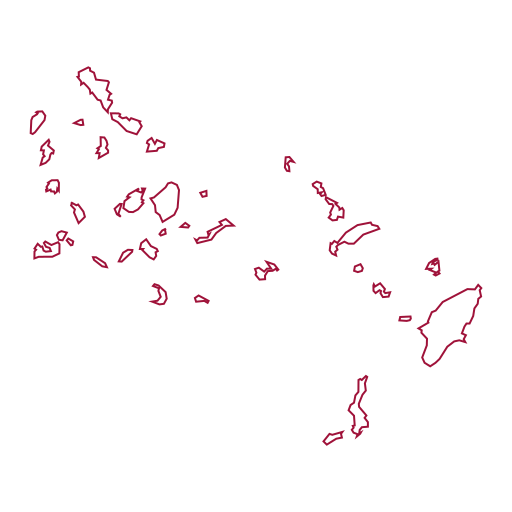 the Region of Notio Aigaio
{"feature_id": "GRC-3013", "entity_name": "Notio Aigaio", "entity_type": "Region", "adm_level": 1, "iso_a3": "GRC", "parent_name": "Greece", "parent_adm1": "", "projection": "orthographic", "projection_center": [25.984, 36.675], "detail": "fine", "context": "isolated", "style": "outline", "palette": "rose", "viewbox_px": 512, "rotation_deg": 0, "n_neighbors": 0, "source": "natural_earth", "source_scale": "10m", "svg_char_len": 6016}
<svg xmlns="http://www.w3.org/2000/svg" viewBox="0 0 512 512"><path d="M481.3,288.1L479.7,290.2L481.1,296.5L478.3,298.8L477.7,303.8L474.4,308.4L473.2,316.0L469.6,323.5L466.5,323.5L464.5,326.5L461.9,333.4L465.9,335.2L463.7,339.2L465.3,342.1L459.3,340.3L454.2,341.4L447.3,346.7L439.6,358.9L435.5,362.8L430.2,366.3L424.6,362.8L422.2,357.5L426.8,345.4L427.0,338.7L421.4,332.7L421.7,330.3L418.5,328.4L428.4,322.6L427.9,321.4L431.8,312.2L435.7,310.6L442.7,302.0L467.4,289.1L474.9,289.4L478.2,284.9L481.3,288.1ZM171.5,182.4L176.9,184.9L179.0,190.1L177.6,207.8L174.3,214.7L162.6,221.9L159.6,215.0L155.7,212.1L155.0,205.2L150.5,198.4L153.9,197.5L165.6,187.3L168.0,183.4L171.5,182.4ZM111.8,100.6L112.1,102.7L107.9,109.3L107.8,112.3L103.2,107.4L100.6,100.5L97.6,99.7L92.2,92.5L90.4,93.6L89.8,89.6L87.7,87.0L83.6,82.8L81.1,84.5L81.3,81.8L77.5,76.9L78.9,76.5L78.7,72.2L88.3,67.4L90.0,68.3L90.1,70.7L94.0,72.7L96.0,79.6L107.8,81.0L108.9,82.3L106.5,89.9L111.1,93.8L109.6,94.8L108.0,99.7L111.8,100.6ZM364.6,417.9L367.9,422.1L367.9,426.7L361.9,427.2L359.7,429.9L359.2,433.6L360.8,432.6L360.2,433.7L356.8,436.5L357.6,434.2L353.6,432.7L351.8,429.8L353.6,427.7L352.8,425.9L354.7,425.4L354.0,415.7L348.6,410.3L350.6,405.0L354.0,402.7L355.4,395.4L358.4,391.9L358.5,380.0L360.2,379.0L361.8,380.0L365.9,376.0L367.2,376.9L364.9,383.3L365.8,390.6L362.5,394.7L358.8,403.8L359.1,406.9L366.4,415.5L364.6,417.9ZM370.7,222.5L372.0,224.8L377.6,226.1L379.3,228.8L363.3,234.6L353.8,243.7L348.5,243.7L344.4,241.7L338.1,244.9L336.3,246.7L337.5,249.7L335.2,251.7L336.1,255.5L332.0,253.6L329.7,250.3L330.6,243.2L331.9,243.9L334.3,241.0L337.4,242.9L345.9,232.6L357.5,225.1L370.7,222.5ZM126.6,131.0L117.8,122.1L112.3,119.2L110.9,113.3L118.6,113.4L120.2,114.3L119.3,116.3L122.5,118.3L126.4,117.4L129.4,120.3L131.1,118.2L140.2,121.4L139.4,122.3L141.7,126.2L136.7,134.3L126.6,131.0ZM143.4,203.2L138.0,209.4L133.0,212.1L128.9,211.9L123.4,208.1L124.5,201.1L129.5,197.3L127.1,196.7L128.8,194.3L138.9,188.5L137.2,191.0L141.2,192.5L142.7,190.6L142.0,188.5L145.1,188.6L141.6,197.4L141.5,199.4L143.4,200.3L141.9,202.3L143.4,203.2ZM51.4,245.0L58.1,242.2L59.5,244.2L59.4,253.4L52.4,256.7L38.7,256.8L34.4,258.4L34.5,251.5L36.1,249.7L34.5,248.6L37.7,243.8L40.8,246.8L42.3,246.5L43.6,250.6L45.8,251.7L50.9,251.1L49.6,247.9L46.0,246.8L43.9,243.0L45.3,241.5L51.4,245.0ZM42.3,111.4L45.3,115.7L44.5,120.1L35.0,132.3L32.7,134.0L30.7,133.1L31.3,120.2L32.6,117.0L37.0,114.3L37.7,113.2L36.2,112.3L37.3,111.6L42.3,111.4ZM225.8,219.1L233.6,225.6L225.8,225.9L216.2,233.0L211.4,239.6L197.3,243.1L195.4,239.5L197.1,240.4L199.4,237.8L207.6,237.6L209.6,233.7L208.3,234.4L207.6,231.8L221.9,224.9L219.5,222.0L225.8,219.1ZM328.7,217.6L330.9,214.6L330.2,212.5L333.4,205.9L332.2,204.1L329.2,204.0L325.6,199.2L326.0,197.2L337.0,202.9L335.5,203.9L339.3,207.5L339.5,209.7L342.3,208.0L343.7,210.3L343.3,217.6L338.0,216.6L336.9,219.9L332.5,220.4L328.7,217.6ZM142.3,250.0L143.1,249.0L139.9,249.0L141.2,243.2L146.2,239.3L150.9,246.1L156.7,248.9L157.8,251.1L155.6,252.3L156.2,255.9L153.7,259.4L149.6,257.3L142.3,250.0ZM40.9,150.3L41.7,146.6L48.7,139.8L49.5,141.8L48.0,145.6L53.8,150.5L53.2,153.5L51.6,153.0L50.4,154.5L49.3,159.3L45.6,162.9L40.6,164.9L42.7,157.6L44.6,156.2L43.1,154.3L43.9,150.4L40.9,150.3ZM266.5,261.8L274.3,264.5L278.3,269.6L277.1,270.5L275.9,268.7L272.6,270.8L267.8,271.1L265.0,275.6L265.1,279.2L259.5,279.6L255.5,274.7L256.4,272.7L255.0,269.0L258.8,267.7L264.2,271.6L266.9,268.7L271.2,268.7L266.5,261.8ZM156.8,150.8L146.9,151.6L149.1,144.4L146.9,143.0L147.6,140.8L151.6,138.0L154.9,143.8L156.9,140.0L164.5,143.4L163.9,146.9L158.3,148.1L156.8,150.8ZM78.1,204.5L83.4,211.6L84.9,216.8L78.6,223.1L74.0,212.5L74.9,209.4L71.1,205.4L71.9,203.4L71.1,202.4L76.4,205.3L78.1,204.5ZM105.9,147.9L108.1,150.4L108.1,152.7L98.8,158.0L99.6,153.1L96.5,153.1L98.9,149.2L97.4,148.3L100.8,146.0L100.6,137.2L104.4,137.5L106.5,140.8L107.5,144.5L105.9,147.9ZM154.5,284.2L158.6,285.5L165.6,292.1L166.7,298.7L163.9,303.8L159.5,304.4L152.1,301.6L157.5,300.7L160.7,296.8L158.4,290.9L159.0,288.3L153.0,286.0L154.5,284.2ZM48.9,183.6L48.0,182.7L51.7,180.3L57.6,180.2L58.9,182.8L58.8,190.7L57.3,188.6L56.9,191.7L54.9,193.4L54.1,191.7L54.9,191.5L51.1,191.4L50.6,189.6L46.3,191.4L46.0,189.7L47.3,188.5L46.5,187.0L48.9,183.6ZM438.5,261.7L439.4,270.6L437.9,271.5L439.5,273.5L435.7,275.5L434.0,274.6L436.3,272.6L429.8,270.0L431.5,268.7L426.1,268.9L429.1,263.0L435.2,258.9L437.4,258.6L437.6,259.8L433.0,261.9L432.3,263.9L433.8,263.4L434.6,264.9L438.5,261.7ZM384.9,289.0L383.9,291.6L385.3,293.1L390.1,292.3L388.6,296.6L382.9,297.1L380.5,293.2L381.0,291.0L379.5,290.2L375.6,293.1L373.5,290.8L373.4,285.4L373.8,284.3L375.0,286.5L380.1,283.3L384.9,289.0ZM332.3,434.8L342.4,431.9L341.0,433.8L341.9,437.6L336.3,438.7L326.8,444.6L323.5,441.4L329.5,433.9L332.3,434.8ZM323.1,188.2L325.7,194.9L321.5,196.0L320.1,194.1L321.7,192.3L317.8,193.0L317.7,189.2L313.1,185.9L312.7,184.1L316.7,181.6L321.4,183.4L320.8,187.0L323.1,188.2ZM127.9,249.8L132.4,250.0L132.1,251.8L121.7,261.6L118.8,261.4L123.1,252.7L127.9,249.8ZM66.8,232.6L62.6,240.3L58.9,239.8L56.9,235.1L58.4,232.5L61.5,231.2L66.8,232.6ZM289.4,157.0L293.6,161.9L289.8,160.9L287.2,163.8L289.0,166.4L289.4,171.2L286.9,170.8L284.9,167.5L285.7,157.3L289.4,157.0ZM360.5,264.2L362.8,268.2L361.9,270.9L357.8,272.1L354.1,270.8L354.9,266.5L360.5,264.2ZM194.9,298.0L198.6,295.5L208.6,300.9L207.6,302.8L204.3,300.9L196.1,301.7L194.9,298.0ZM96.1,257.3L105.1,263.2L106.9,267.2L102.2,266.3L94.0,259.9L93.0,257.2L96.1,257.3ZM120.7,216.7L116.9,214.3L114.6,208.8L119.9,203.9L121.6,204.0L118.4,213.8L120.7,216.7ZM400.2,317.0L410.5,316.5L410.8,318.6L409.8,320.2L406.7,320.9L399.4,320.4L400.2,317.0ZM82.5,119.7L83.3,124.8L80.7,125.1L74.2,123.1L80.6,119.8L82.5,119.7ZM68.3,238.5L73.2,241.4L72.4,244.9L70.8,245.3L66.7,240.4L68.3,238.5ZM159.5,234.1L162.2,230.5L165.8,228.7L165.0,229.7L165.7,233.7L160.8,235.5L159.5,234.1ZM180.6,226.9L185.3,222.9L189.3,225.8L188.1,227.5L180.6,226.9ZM206.6,195.9L202.5,196.8L200.3,192.8L206.4,190.9L206.6,195.9Z" fill="none" stroke="#9f1239" stroke-width="2"/></svg>